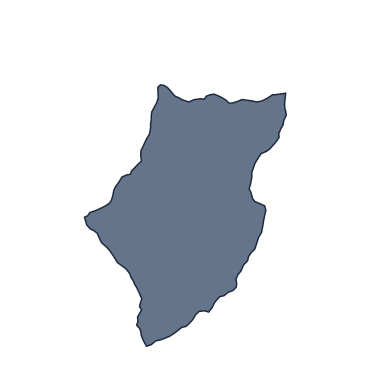 Regente Feijó, São Paulo, Brazil, rotated 49°
{"feature_id": "56859067B58506078513279", "entity_name": "Regente Feijó", "entity_type": "district", "adm_level": 2, "iso_a3": "BRA", "parent_name": "Brazil", "parent_adm1": "São Paulo", "projection": "robinson", "projection_center": [-51.297, -22.243], "detail": "fine", "context": "isolated", "style": "filled", "palette": "slate", "viewbox_px": 384, "rotation_deg": 49, "n_neighbors": 0, "source": "geoboundaries", "source_scale": "gbopen_adm2", "svg_char_len": 2216}
<svg xmlns="http://www.w3.org/2000/svg" viewBox="0 0 384 384"><g transform="rotate(49 192 192)"><path d="M140.5,289.7L143.8,291.2L147.9,293.1L153.5,292.9L156.8,291.4L160.9,290.6L164.5,291.7L167.9,292.8L171.4,293.5L177.0,292.7L181.6,292.5L185.0,292.9L188.9,293.3L192.7,293.9L196.3,294.6L200.5,293.6L205.8,292.4L209.4,292.3L213.3,292.7L216.4,294.1L220.5,294.5L223.5,295.7L228.1,296.5L232.2,297.6L235.4,298.7L239.6,299.9L242.1,304.1L244.1,306.8L247.8,307.3L249.1,310.8L250.6,315.1L254.2,317.7L256.2,321.2L260.3,321.0L263.5,322.1L267.0,324.4L273.0,326.4L278.6,327.5L280.5,322.7L280.5,317.2L283.2,312.2L284.8,307.7L286.1,304.1L286.8,299.3L287.2,294.4L287.4,288.7L289.4,284.9L289.5,280.6L288.8,275.1L287.1,270.0L286.7,265.3L289.6,260.7L293.6,258.1L292.5,252.8L290.4,247.8L289.6,243.8L289.2,239.7L291.3,235.7L291.4,230.5L293.2,225.7L292.9,221.3L290.6,218.5L286.5,215.8L284.5,211.6L283.8,207.1L280.8,200.6L280.4,195.2L277.8,191.7L276.6,187.0L276.3,182.1L273.6,177.5L270.0,171.7L268.0,165.8L264.4,161.3L261.3,157.6L259.1,154.8L257.0,152.1L254.2,148.2L250.0,146.2L247.1,147.6L244.0,149.1L240.3,150.8L237.1,150.7L234.1,149.3L230.6,147.6L227.2,146.9L224.3,142.5L220.0,137.0L216.4,134.0L211.6,125.5L209.6,119.4L208.4,114.5L210.2,109.1L210.5,105.0L209.8,99.1L209.1,94.7L207.9,90.4L204.9,88.3L202.6,83.6L201.0,79.0L198.2,75.8L196.0,70.6L192.8,68.4L189.9,67.2L186.0,64.1L183.5,61.4L178.9,56.5L176.2,60.7L174.0,64.2L171.4,67.6L170.6,73.9L169.1,79.6L166.7,83.9L162.6,87.0L160.1,89.1L157.5,91.5L155.0,93.6L153.5,98.3L151.4,103.1L149.3,105.7L145.0,106.1L140.5,107.5L136.2,109.3L132.7,111.1L130.5,114.5L129.1,118.4L130.0,122.0L127.4,124.1L123.8,129.6L121.8,135.5L115.9,138.9L112.0,140.2L108.9,141.9L104.4,142.0L100.2,141.9L97.1,142.0L93.2,143.2L90.4,145.6L90.6,149.1L94.8,152.5L98.9,155.8L101.5,160.1L103.4,165.2L105.2,169.9L107.6,172.6L111.0,175.5L113.3,178.5L116.2,180.9L120.4,186.1L121.9,191.0L123.9,195.5L125.8,199.7L127.1,203.1L130.5,206.5L135.5,209.9L135.6,214.7L136.2,220.2L136.4,223.8L138.2,226.8L136.0,230.6L134.8,235.0L136.6,240.8L137.7,245.7L139.3,249.7L142.6,253.9L145.4,258.3L146.2,261.8L145.7,266.4L144.2,272.5L142.6,277.4L140.5,282.6L141.5,286.3L140.5,289.7Z" fill="#64748b" stroke="#1e293b" stroke-width="1.5"/></g></svg>